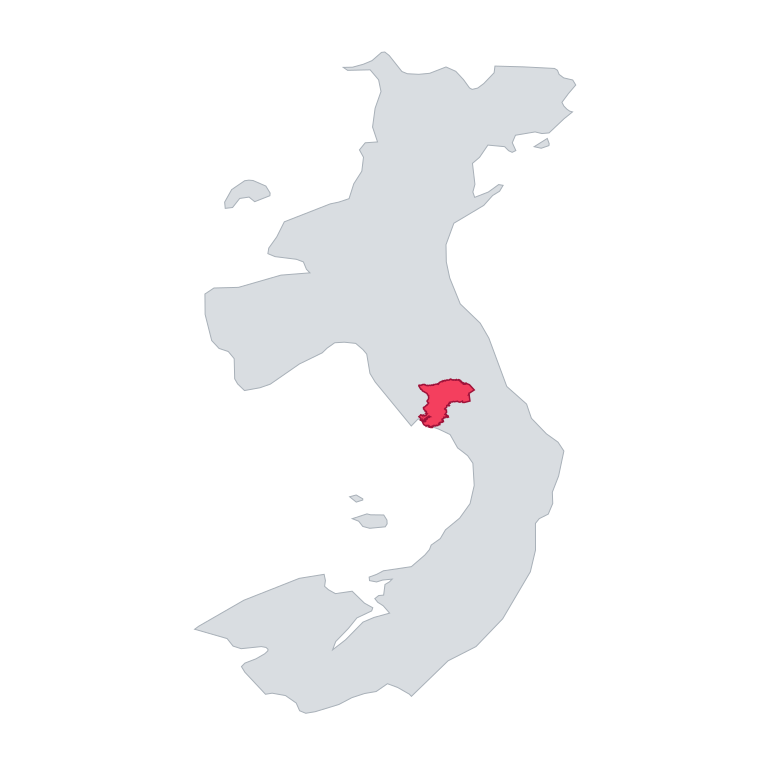 location of Capira, Panama, rotated 92°
{"feature_id": "35544464B53871457264549", "entity_name": "Capira", "entity_type": "district", "adm_level": 2, "iso_a3": "PAN", "parent_name": "Panama", "parent_adm1": "", "projection": "equal_earth", "projection_center": [-79.949, 8.817], "detail": "fine", "context": "in_parent", "style": "filled", "palette": "rose", "viewbox_px": 768, "rotation_deg": 92, "n_neighbors": 0, "source": "geoboundaries", "source_scale": "gbopen_adm2", "svg_char_len": 8879}
<svg xmlns="http://www.w3.org/2000/svg" viewBox="0 0 768 768"><g transform="rotate(92 384 384)"><path d="M695.2,345.7L693.1,347.8L686.8,359.8L683.4,370.1L691.6,381.1L694.0,392.6L698.6,405.2L705.8,417.8L713.9,441.3L715.8,450.7L713.5,456.9L705.9,460.6L698.8,471.6L696.9,485.0L698.2,491.6L676.9,513.0L671.4,516.6L667.8,513.3L663.2,502.5L657.8,493.8L654.8,490.8L653.1,490.7L651.4,492.7L650.7,497.4L653.5,517.5L651.2,525.7L643.9,531.9L635.7,564.7L632.4,560.5L605.0,516.5L581.2,461.9L576.3,437.2L582.4,435.7L588.3,436.3L591.5,432.4L595.2,425.3L592.2,408.6L603.7,395.9L608.0,387.4L611.2,388.4L618.7,402.9L629.7,411.2L643.1,423.3L651.5,426.1L640.9,413.4L622.7,396.7L617.6,385.7L612.8,370.4L605.7,377.0L602.4,382.6L598.8,385.7L595.6,381.9L595.0,377.0L584.3,376.0L581.5,371.6L578.7,369.0L580.0,378.6L582.1,384.5L581.0,391.6L577.5,392.1L574.5,384.7L570.7,378.1L565.6,350.3L553.5,337.2L547.9,332.8L543.3,331.2L536.5,322.3L527.6,317.5L515.4,303.7L500.5,293.8L482.3,290.3L460.1,292.4L452.7,297.9L447.6,304.9L445.3,308.2L432.2,316.2L427.2,327.7L424.1,337.5L417.6,348.6L425.0,355.3L382.3,392.9L373.9,398.4L354.7,402.3L350.3,406.3L344.4,413.7L343.6,425.1L344.5,434.7L350.1,442.1L355.0,446.8L366.9,469.2L388.1,497.6L392.1,507.9L395.4,523.2L389.0,530.3L384.0,533.4L363.9,534.6L357.0,540.7L354.2,550.1L346.6,557.7L320.7,565.2L300.3,566.1L294.0,557.3L292.5,532.8L278.8,490.8L275.5,461.9L272.1,465.5L264.8,468.8L262.4,476.0L260.5,497.3L257.8,504.6L252.2,503.9L240.7,496.3L225.4,489.3L205.9,444.1L203.8,435.6L200.0,425.4L185.0,421.2L172.1,413.6L158.1,412.4L150.9,416.7L143.6,411.2L142.3,398.9L127.6,404.4L108.7,402.5L91.8,397.2L80.2,400.0L70.5,408.8L71.8,431.3L69.0,435.7L68.5,426.5L65.2,415.9L61.2,407.2L52.7,398.1L52.2,394.8L55.6,390.2L71.1,377.0L73.1,371.5L73.3,360.1L71.9,349.2L65.0,333.1L69.0,323.2L77.0,315.2L85.1,308.9L86.5,306.2L85.0,300.7L80.3,294.8L69.1,284.8L62.4,284.2L62.2,255.3L62.7,224.6L64.4,221.6L68.5,219.8L71.8,215.1L73.6,206.0L78.5,202.8L87.3,209.8L96.3,216.0L100.0,213.9L102.9,210.9L104.8,208.0L105.5,205.1L112.6,213.3L127.3,227.8L128.2,234.9L126.8,241.8L130.8,261.3L138.4,264.2L146.1,260.4L148.0,264.0L146.5,267.6L142.6,271.7L141.6,288.5L154.1,296.4L160.4,303.3L181.3,300.1L189.0,301.9L194.3,299.9L188.5,286.4L180.7,276.4L181.3,271.9L187.3,275.2L191.8,282.0L202.0,290.5L220.9,319.8L242.6,326.9L259.8,326.0L275.8,322.0L301.3,310.6L319.8,290.0L334.5,280.8L382.2,261.2L399.1,240.8L406.3,238.1L413.1,235.5L428.1,220.0L436.1,208.0L444.7,201.9L469.9,206.3L486.2,212.0L497.5,211.2L508.3,215.3L513.1,224.1L518.0,227.8L544.7,226.8L566.6,231.2L614.5,257.2L643.2,282.9L658.4,310.3L695.2,345.7ZM214.0,548.8L207.8,549.6L195.0,543.0L185.7,530.3L185.0,526.2L185.2,522.0L190.3,509.0L197.1,504.5L199.8,504.6L206.3,519.6L201.9,525.4L203.6,534.7L212.9,541.5L214.0,548.8ZM522.0,404.5L519.7,411.0L514.4,396.5L515.2,392.8L514.9,379.7L519.9,376.3L523.7,376.0L526.7,377.8L528.7,393.2L527.1,400.2L522.0,404.5ZM142.9,235.1L141.6,242.2L132.9,229.4L138.1,227.3L140.0,227.5L142.9,235.1ZM503.0,407.6L497.9,414.4L495.9,407.9L499.5,401.2L500.7,401.2L503.0,407.6Z" fill="#d9dde1" stroke="#a8b0b8" stroke-width="1"/><path d="M384.8,349.1L388.0,347.0L388.0,346.3L388.6,346.0L389.1,345.4L389.4,345.4L390.0,344.6L390.3,343.5L390.6,343.3L391.3,341.9L392.0,340.6L393.3,340.1L393.9,339.1L394.2,339.2L396.1,338.9L397.2,339.0L398.0,339.3L399.0,340.2L399.7,340.4L399.9,340.2L400.6,339.8L401.3,338.8L401.5,338.8L402.3,339.3L403.1,340.3L403.8,340.4L404.0,341.1L405.3,342.3L405.7,343.0L405.9,343.5L406.1,343.7L406.4,343.5L406.7,343.6L407.1,343.4L407.5,343.6L408.1,343.0L408.5,342.8L408.9,342.1L409.3,341.9L409.4,341.7L409.7,341.8L409.7,341.5L409.9,341.1L409.9,340.9L410.1,340.7L411.1,340.5L411.3,340.5L411.2,340.6L411.2,340.8L411.7,341.3L412.1,340.2L412.2,340.4L412.3,340.5L412.9,340.2L413.1,340.2L413.2,340.4L413.1,340.5L413.3,340.6L413.7,340.8L413.6,341.1L413.7,341.5L414.0,341.4L414.3,341.9L414.5,342.3L414.1,343.0L414.1,343.3L413.7,343.4L414.0,343.9L413.9,344.1L413.9,344.3L414.2,344.3L413.9,344.5L414.1,345.0L414.0,345.4L413.6,345.7L413.5,346.2L414.5,346.9L415.4,348.0L416.2,347.3L417.0,346.0L417.4,345.9L418.7,346.4L418.8,346.4L419.2,345.4L419.1,345.0L418.8,344.8L419.0,344.8L419.0,344.1L419.1,343.5L419.4,342.7L419.9,342.4L420.0,341.9L419.8,341.6L419.4,341.6L418.3,342.6L417.9,342.5L417.6,342.2L417.5,341.6L417.4,341.7L416.8,341.4L417.6,341.5L417.8,340.5L417.5,339.9L416.9,339.7L416.2,339.7L416.0,340.3L416.1,340.7L415.8,341.1L416.0,340.7L415.9,340.1L416.0,340.0L416.1,339.6L415.4,339.4L415.1,339.5L415.4,339.2L414.9,338.3L414.7,338.2L414.5,337.7L414.8,337.2L414.8,337.6L414.6,338.0L415.0,338.1L415.4,338.9L415.9,338.5L415.7,337.4L415.8,337.5L415.9,338.6L415.6,338.9L415.6,339.2L417.4,339.6L417.8,339.9L418.0,340.4L417.8,341.4L418.0,342.2L418.3,342.2L418.9,341.4L419.4,341.1L419.6,341.0L420.1,341.4L420.3,342.1L420.0,344.1L420.0,344.5L422.1,343.5L423.2,342.8L424.5,340.5L424.7,340.4L424.5,340.2L424.1,340.1L423.9,339.8L424.0,339.5L423.9,339.0L424.1,338.6L424.1,338.2L424.5,338.0L425.0,338.2L425.0,337.5L425.2,337.3L425.5,337.5L425.6,337.4L425.6,337.2L425.4,337.2L425.2,336.6L424.9,336.7L425.5,336.0L425.6,335.8L425.9,335.6L425.9,335.3L425.8,335.1L425.6,335.1L425.5,334.9L424.9,335.3L424.7,334.6L425.2,334.4L425.5,334.0L424.9,333.9L424.7,333.7L424.4,333.7L424.5,333.3L424.2,333.2L423.9,332.6L423.7,332.5L424.1,332.1L424.2,331.8L424.1,331.0L423.9,331.0L423.4,330.4L423.4,330.1L423.7,329.8L423.7,329.3L423.6,328.7L423.0,328.4L422.7,327.4L422.5,327.0L422.1,326.7L421.9,326.9L422.0,327.1L422.3,327.1L421.9,327.6L421.7,327.1L421.6,327.9L421.5,327.4L421.2,327.7L421.3,327.4L421.1,327.5L420.9,327.4L420.7,327.1L420.8,326.9L420.8,326.7L420.6,326.7L420.5,326.3L420.4,326.3L420.4,326.2L420.4,325.8L420.1,325.6L420.0,324.9L420.2,325.0L420.3,324.8L420.1,324.6L419.9,324.7L419.7,324.4L420.0,324.1L419.6,323.6L419.5,323.3L419.0,323.4L418.8,324.0L418.5,324.0L418.1,324.5L418.0,324.3L417.8,324.7L417.6,324.7L417.0,324.6L417.0,324.0L416.6,323.8L416.2,323.2L415.6,323.1L415.6,322.8L415.3,322.6L415.5,322.2L415.4,322.2L415.2,322.4L415.2,321.9L414.9,321.6L414.9,321.3L414.6,320.9L414.6,320.7L414.9,320.7L414.8,320.1L414.9,319.8L414.8,319.7L414.9,319.3L415.0,319.3L414.8,318.9L414.8,318.5L414.3,318.6L414.4,318.8L414.2,319.1L413.9,319.1L413.8,319.4L413.5,319.3L413.3,320.2L413.0,320.2L413.0,320.5L412.6,320.6L412.6,321.3L412.4,321.3L412.4,321.5L412.2,321.7L412.2,321.9L409.9,320.4L408.2,320.9L407.9,320.7L407.4,321.3L407.3,322.1L407.0,322.4L406.9,322.3L406.7,322.5L406.2,322.2L405.8,321.4L405.1,320.6L403.3,320.5L403.1,320.1L403.3,319.9L403.3,319.6L403.4,319.4L403.4,319.1L403.5,318.9L403.5,318.7L403.3,318.7L403.4,318.3L403.2,318.3L403.4,318.0L403.2,317.8L402.7,318.3L402.4,318.4L402.3,318.8L402.1,318.9L401.9,318.8L401.3,318.6L401.0,317.5L400.9,317.6L400.6,317.5L400.1,317.8L399.6,316.1L399.5,314.8L399.2,314.6L399.0,314.1L399.1,313.5L399.3,313.2L398.7,309.9L398.9,309.8L399.4,308.4L399.5,307.5L399.3,306.9L398.4,305.0L399.4,304.8L399.7,304.6L399.6,303.6L399.7,303.3L398.0,297.5L392.2,298.5L392.0,298.4L391.7,298.7L391.8,299.1L391.4,298.9L391.5,298.6L390.4,298.8L390.2,298.7L390.2,298.4L386.8,293.6L381.7,298.6L380.8,301.2L380.5,301.5L380.8,301.8L380.3,302.1L380.3,302.4L380.4,302.8L380.7,302.7L380.8,302.8L380.6,303.5L381.4,303.2L381.4,304.0L381.1,303.9L380.9,304.3L381.2,304.5L381.2,304.9L380.7,305.1L380.8,304.8L380.7,304.5L380.2,305.8L380.0,305.3L380.0,305.0L379.9,305.0L379.7,305.5L379.8,306.7L379.7,306.7L379.3,306.4L379.1,306.7L378.6,306.9L378.6,307.0L378.8,307.4L378.7,307.7L378.3,307.7L378.3,308.2L377.8,309.1L377.4,308.6L377.3,308.8L377.4,309.1L377.1,309.2L377.0,309.6L377.4,310.2L377.4,311.4L377.6,311.8L377.7,312.1L377.7,312.3L377.2,312.2L377.6,313.2L377.4,314.0L377.6,314.6L377.4,314.9L377.4,315.2L377.7,315.3L377.4,316.4L376.7,317.4L377.0,318.2L377.6,318.5L377.5,318.9L377.7,319.1L377.9,319.6L377.9,319.9L378.0,320.2L378.0,320.6L377.8,320.7L377.7,320.9L377.9,321.7L378.1,321.8L378.7,322.7L378.5,323.0L378.3,323.1L378.2,323.2L378.3,323.5L378.5,323.7L378.6,324.2L378.8,324.3L378.7,324.5L378.8,324.8L378.7,325.1L379.3,325.2L379.4,325.4L379.4,325.7L379.6,325.7L379.6,326.0L379.2,325.9L379.2,326.2L379.4,326.4L379.5,326.8L379.7,327.1L380.0,327.5L380.0,327.8L380.7,328.9L381.1,329.1L381.4,329.0L381.9,329.4L381.9,329.8L382.3,329.8L382.2,330.1L382.4,330.6L382.2,330.8L382.3,330.9L382.4,331.2L382.4,331.4L382.3,331.7L382.5,332.7L382.7,333.0L382.9,333.6L382.8,334.3L383.5,334.6L383.5,335.2L383.6,335.3L383.6,335.8L383.3,335.7L383.3,336.3L383.4,336.5L383.6,336.5L383.8,337.1L383.9,337.5L383.6,338.0L383.8,338.9L383.9,339.0L383.9,339.5L384.1,339.7L384.0,339.9L384.1,340.4L384.1,340.6L383.8,340.8L383.9,341.0L384.0,341.4L383.9,342.1L383.5,342.5L383.2,343.0L383.3,343.1L383.1,343.4L383.3,343.7L383.1,344.1L383.1,345.2L383.4,345.6L383.4,345.8L383.6,346.0L383.7,346.4L383.8,346.3L384.1,346.9L384.1,347.3L384.0,347.5L384.1,348.0L383.9,348.4L383.9,348.9L384.1,349.1L384.8,349.1Z" fill="#f43f5e" stroke="#9f1239" stroke-width="1.5"/></g></svg>